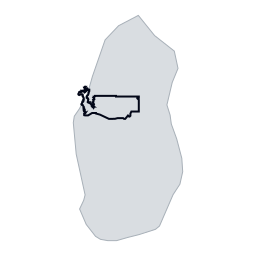 72, Ar Rayyān, Qatar shown in context
{"feature_id": "91078587B78903366981324", "entity_name": "72", "entity_type": "district", "adm_level": 2, "iso_a3": "QAT", "parent_name": "Qatar", "parent_adm1": "Ar Rayyān", "projection": "mercator", "projection_center": [50.849, 25.539], "detail": "fine", "context": "in_parent", "style": "outline", "palette": "ink", "viewbox_px": 256, "rotation_deg": 0, "n_neighbors": 0, "source": "geoboundaries", "source_scale": "gbopen_adm2", "svg_char_len": 4698}
<svg xmlns="http://www.w3.org/2000/svg" viewBox="0 0 256 256"><path d="M139.0,234.6L127.5,237.5L116.7,240.6L107.6,240.6L100.4,239.3L95.5,236.3L86.2,224.4L79.6,209.0L83.7,200.3L85.1,194.9L76.2,154.1L73.3,122.7L74.3,116.2L79.4,108.8L87.9,92.4L92.4,76.5L105.1,39.9L118.6,25.7L138.3,15.4L154.6,35.6L174.3,51.1L178.0,68.4L172.2,82.5L166.9,104.9L170.1,115.1L171.3,124.0L176.7,138.9L181.8,158.3L182.7,171.7L179.9,184.2L173.1,194.6L159.5,226.0L155.5,229.3L139.0,234.6Z" fill="#d9dde1" stroke="#a8b0b8" stroke-width="1"/><path d="M138.8,96.5L116.0,96.5L116.0,95.9L95.0,95.9L95.0,96.0L94.9,96.0L94.7,96.0L94.4,96.3L94.4,96.8L94.1,96.8L93.9,96.8L94.0,97.0L94.0,97.5L93.5,97.7L93.6,97.8L93.8,97.8L93.9,98.0L94.0,98.2L94.1,98.5L94.3,98.9L94.0,99.0L94.0,99.3L93.8,99.3L93.8,99.5L93.6,99.6L93.5,100.0L93.4,100.0L93.5,100.2L93.5,100.6L93.5,100.9L93.3,100.9L93.3,101.1L93.2,101.3L93.3,101.9L93.2,102.1L93.0,102.3L92.7,102.4L92.8,102.7L92.9,102.8L93.0,102.9L93.1,103.0L93.3,103.1L93.6,103.4L93.7,103.6L93.8,103.9L93.7,103.9L93.7,104.0L93.6,103.9L93.6,104.1L93.5,104.4L93.3,104.6L92.8,105.0L92.7,105.2L92.8,105.8L93.1,106.2L93.6,106.3L94.0,106.6L93.9,106.6L94.0,106.9L94.0,107.1L93.7,107.6L93.5,107.1L92.6,107.2L92.5,106.9L92.3,106.6L92.5,106.5L92.6,106.4L92.2,106.3L92.2,106.2L91.9,106.1L91.8,105.9L91.6,105.8L91.6,105.4L91.7,105.1L91.6,104.6L91.4,104.2L91.1,104.2L90.9,104.1L90.8,103.9L90.6,103.8L90.6,103.7L90.6,103.2L90.1,103.1L89.9,103.1L89.6,103.0L89.4,103.0L89.1,102.9L89.1,102.7L89.0,102.4L89.2,102.2L88.4,102.2L88.3,102.5L87.9,102.4L87.7,102.2L87.8,101.4L88.0,101.0L88.1,100.3L88.3,99.6L88.2,99.5L88.3,99.3L88.1,99.1L88.1,98.9L88.0,98.5L87.9,98.3L87.8,98.2L87.7,98.3L87.3,98.3L87.0,98.1L86.8,97.9L86.8,97.4L86.9,97.0L86.8,96.4L87.0,95.9L87.8,95.2L88.0,95.0L88.0,94.8L88.4,94.1L88.6,93.4L88.5,93.0L88.6,92.8L88.6,92.5L88.7,92.3L89.0,91.9L89.0,91.7L89.2,91.4L89.3,91.1L89.2,90.9L89.1,90.6L89.3,90.5L89.3,90.4L89.2,90.4L89.2,90.2L89.3,89.8L89.3,89.6L88.8,89.5L88.5,89.5L88.4,89.5L88.5,89.9L88.3,89.9L88.0,90.0L88.0,89.9L87.9,89.9L88.0,89.8L87.9,89.8L87.8,89.6L87.7,89.5L87.7,89.4L87.7,89.1L87.5,88.8L87.4,88.6L87.1,88.3L86.9,88.4L86.8,88.5L86.8,88.3L86.7,88.3L86.5,88.5L86.4,88.5L86.2,88.6L85.9,88.6L86.0,88.5L85.9,88.5L85.8,88.3L85.6,88.3L85.4,88.4L85.4,88.2L85.3,87.9L85.0,87.4L85.1,87.1L85.1,86.9L85.3,86.9L85.2,87.0L85.3,87.0L85.3,86.9L85.1,86.9L85.1,86.7L84.9,86.7L84.6,86.9L84.7,87.1L84.6,87.3L84.7,87.5L84.9,87.8L84.5,88.1L84.6,88.3L84.7,88.5L84.9,88.6L85.0,88.9L84.8,88.8L84.9,89.0L84.7,89.2L84.5,89.3L84.2,89.3L83.9,89.4L84.0,89.4L84.1,89.5L84.4,89.6L84.4,89.8L84.5,89.8L84.4,90.1L84.5,90.2L84.9,90.6L85.1,90.7L85.1,90.8L85.3,90.9L85.8,91.2L85.7,91.3L85.9,91.4L85.8,91.5L86.0,91.9L85.9,91.8L85.9,91.7L85.7,91.8L85.6,91.7L85.5,91.4L85.3,91.1L85.2,91.1L85.1,90.9L84.8,90.7L84.5,90.7L84.2,90.8L84.1,90.7L83.7,90.7L83.9,91.0L84.0,91.3L84.4,91.7L84.6,91.9L84.5,92.2L84.3,92.0L84.3,91.9L84.2,91.9L84.1,91.6L83.9,91.6L83.6,91.1L83.2,91.0L82.0,90.9L82.0,91.1L82.0,91.3L81.9,91.3L81.8,91.6L81.6,91.6L81.5,91.9L81.3,92.0L81.2,91.8L81.0,91.7L81.4,91.4L81.3,91.2L81.2,91.2L81.4,91.2L81.2,91.0L81.1,91.3L81.1,91.5L80.9,91.5L80.9,91.4L81.0,91.4L80.9,91.4L80.7,91.5L80.1,91.8L79.8,92.0L79.5,92.0L79.5,91.9L79.3,92.0L79.2,92.1L79.3,92.3L79.2,92.3L79.2,92.5L78.5,93.5L78.5,93.8L78.3,94.1L78.4,94.3L78.7,94.3L78.9,94.6L78.9,94.9L79.6,95.1L80.0,95.5L79.9,95.3L80.0,95.1L80.5,94.6L81.0,94.3L81.7,94.2L82.3,94.3L82.6,94.4L82.6,94.6L82.7,94.8L82.4,95.1L82.7,95.6L82.6,95.8L82.8,95.9L82.8,96.2L82.9,96.3L82.9,96.5L83.1,96.6L83.2,97.0L83.3,97.0L83.6,97.6L83.5,97.9L83.5,98.0L83.7,98.6L83.7,98.8L83.8,99.1L83.3,99.6L83.2,99.8L83.4,99.8L83.5,100.1L83.6,100.6L83.3,101.5L83.1,101.6L82.9,101.9L82.7,102.1L82.4,102.2L82.2,102.2L82.2,102.4L82.1,102.5L82.1,102.4L82.1,102.6L82.1,103.0L81.9,103.3L81.8,103.6L81.7,103.9L81.7,104.0L81.4,104.2L81.6,104.5L81.7,104.8L82.2,104.8L82.6,104.9L82.6,105.2L82.8,105.5L83.3,106.1L83.6,106.7L83.6,106.8L83.8,107.0L83.6,107.4L83.4,107.6L83.4,107.8L83.8,108.0L84.0,108.4L84.0,108.6L84.4,109.1L84.7,109.4L84.6,109.6L84.4,109.8L84.2,109.7L84.1,109.8L84.1,109.7L84.0,109.8L83.9,109.8L83.9,110.0L84.0,110.1L83.9,110.1L83.6,109.9L83.6,110.2L83.6,110.3L83.6,110.2L83.7,110.5L83.9,110.5L84.0,110.8L84.1,111.1L84.4,111.2L84.4,111.4L84.6,111.4L84.6,111.7L85.0,111.8L85.2,112.0L85.1,112.3L85.4,112.5L85.4,112.8L85.3,113.0L85.5,112.9L85.3,113.2L84.9,113.4L84.1,113.8L84.2,115.2L85.1,115.4L88.1,115.4L92.1,113.0L95.9,113.0L95.9,113.5L99.9,114.6L109.0,118.9L115.0,118.8L117.7,118.1L123.1,118.1L124.1,118.9L125.2,118.9L128.0,115.5L129.1,116.6L129.6,116.6L130.4,115.8L130.4,113.6L131.4,111.5L138.8,111.5L138.8,99.8L137.3,98.4L137.3,97.8L138.8,97.8L138.8,96.5Z" fill="none" stroke="#020617" stroke-width="2"/></svg>